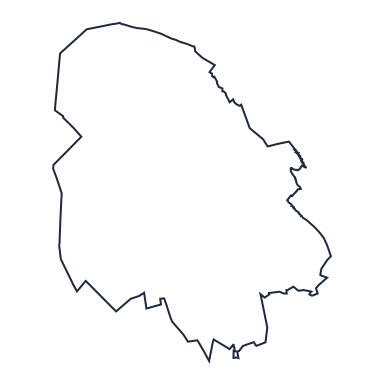 outline of Galeana, Nuevo León, Mexico
{"feature_id": "50627088B33485633173857", "entity_name": "Galeana", "entity_type": "district", "adm_level": 2, "iso_a3": "MEX", "parent_name": "Mexico", "parent_adm1": "Nuevo León", "projection": "natural_earth1", "projection_center": [-100.187, 24.755], "detail": "fine", "context": "isolated", "style": "outline", "palette": "slate", "viewbox_px": 384, "rotation_deg": 0, "n_neighbors": 0, "source": "geoboundaries", "source_scale": "gbopen_adm2", "svg_char_len": 5342}
<svg xmlns="http://www.w3.org/2000/svg" viewBox="0 0 384 384"><path d="M60.8,259.1L63.0,263.6L66.5,270.8L70.7,279.3L73.0,284.2L77.0,291.4L85.7,280.9L93.1,288.3L105.2,300.5L116.1,311.4L126.8,302.2L130.7,298.8L134.9,297.4L139.1,296.0L144.1,292.8L146.4,308.5L153.7,306.5L161.0,304.5L160.2,298.8L163.0,298.5L164.2,298.4L164.8,300.3L164.9,300.6L165.6,302.4L165.7,302.9L166.0,303.7L166.1,303.9L166.3,304.5L167.0,306.7L167.3,307.7L170.7,318.2L172.0,321.4L173.0,322.6L176.0,326.1L183.4,334.6L188.0,341.7L197.4,340.3L200.6,345.7L202.5,349.0L203.6,350.8L209.1,361.0L212.8,342.3L213.7,339.5L229.6,349.1L233.3,344.7L233.7,344.9L233.6,346.5L233.9,346.5L234.2,347.3L234.3,347.3L234.4,348.2L234.4,348.5L234.5,349.2L234.7,350.3L235.0,350.6L235.1,351.2L234.5,351.1L234.1,351.0L233.9,350.8L233.6,350.7L233.6,351.0L233.5,357.7L233.5,357.9L237.1,357.5L238.4,358.0L237.2,351.4L239.1,351.0L242.9,346.0L245.9,344.9L253.7,342.2L256.3,345.9L261.2,344.0L265.5,342.3L267.3,327.5L262.2,302.3L260.5,294.1L264.6,297.6L269.3,294.4L268.9,293.0L273.3,292.5L279.6,291.7L283.4,293.4L284.6,293.5L286.7,293.5L286.4,290.1L287.9,289.9L293.4,286.7L298.2,290.6L301.0,290.5L303.4,290.0L309.9,291.3L311.2,291.6L310.9,291.8L310.6,292.1L310.6,292.4L310.4,292.6L310.2,292.8L309.8,293.6L309.4,294.5L312.0,295.7L317.6,293.6L316.0,288.1L318.8,285.0L327.1,277.7L321.2,275.5L320.3,275.0L321.3,268.9L327.2,260.0L330.9,256.2L327.3,245.7L323.8,238.0L322.4,236.2L319.8,232.8L314.6,227.2L306.4,219.9L303.1,218.0L302.8,217.7L301.7,215.9L300.8,216.0L300.7,215.2L299.7,214.0L299.0,213.8L298.7,213.5L298.7,213.1L298.7,212.7L298.5,212.1L297.3,211.6L296.9,211.2L295.7,210.5L295.3,209.6L294.7,208.9L294.0,208.6L294.0,207.3L293.7,207.1L293.1,207.3L292.9,206.4L292.2,205.8L291.5,205.9L291.7,205.0L291.1,204.1L290.1,203.6L289.8,203.3L288.9,202.7L288.5,202.0L288.1,201.7L288.0,201.0L287.2,200.2L291.0,195.4L291.4,195.6L291.7,195.9L291.9,196.1L292.0,196.1L292.3,195.9L292.5,195.8L292.7,195.7L292.8,195.5L292.8,195.3L292.9,195.1L293.2,194.6L295.5,192.4L295.4,192.4L297.9,189.3L300.8,189.0L300.2,187.2L298.2,185.7L296.7,183.6L296.5,183.0L296.4,182.5L296.3,181.5L296.1,181.2L296.0,180.9L296.0,180.4L295.7,180.1L295.5,179.9L295.7,179.3L295.4,179.1L295.3,178.8L295.2,178.3L295.0,178.0L294.9,177.9L295.0,177.4L294.9,177.2L294.4,176.9L294.2,176.6L293.6,175.6L293.3,175.3L293.2,175.2L292.9,174.7L292.7,174.4L292.5,174.0L292.0,173.4L291.3,172.3L291.0,171.2L290.8,170.8L290.8,170.7L290.7,170.2L290.7,169.8L290.9,169.6L290.7,168.9L290.8,168.8L290.8,168.2L291.6,167.9L292.3,168.6L292.8,169.0L293.5,169.2L294.2,169.6L294.7,169.7L295.1,169.8L295.4,169.8L295.7,169.8L296.0,169.9L296.3,169.8L296.6,169.8L297.7,170.3L299.2,169.4L299.7,169.0L301.8,165.7L306.4,167.9L304.6,165.8L304.4,165.7L304.1,165.6L303.9,165.3L304.0,164.9L304.0,164.6L303.9,164.4L303.8,164.2L303.5,164.2L303.2,164.1L303.2,163.9L303.1,163.7L303.1,163.4L303.4,163.1L303.3,162.9L303.1,162.9L302.8,162.8L302.8,162.7L303.0,162.6L303.1,162.4L302.8,162.3L302.7,162.4L302.5,162.5L302.4,162.5L302.3,162.4L302.1,162.3L301.9,162.3L301.9,162.2L302.1,162.0L302.2,161.8L302.1,161.7L301.8,161.6L301.7,161.5L301.7,161.4L301.8,161.2L301.9,160.9L301.7,161.0L301.4,161.2L301.3,160.8L301.4,160.6L301.1,160.4L301.2,160.1L301.4,160.1L301.4,159.8L301.5,159.1L301.8,158.9L301.8,158.7L301.7,158.6L301.4,158.5L301.2,158.6L300.7,158.8L300.2,158.5L300.2,158.2L300.4,158.0L300.3,157.8L300.1,157.5L300.3,157.1L300.3,156.8L300.1,156.9L299.9,156.6L299.7,156.6L299.4,156.6L299.2,156.6L298.8,156.3L298.9,156.0L299.4,155.6L299.0,155.3L299.1,155.0L299.1,154.7L298.9,154.6L298.5,154.7L298.2,154.7L298.0,154.3L297.7,153.9L298.3,154.0L298.0,153.6L298.3,153.5L298.4,153.3L298.0,153.4L297.6,153.4L297.4,153.2L297.3,153.3L297.1,153.5L296.9,153.3L297.0,153.0L297.1,152.8L296.8,152.7L296.7,152.8L296.4,152.7L296.2,152.6L296.2,152.3L296.3,152.2L296.5,151.9L296.4,151.9L296.1,151.9L296.3,151.7L296.5,151.4L296.5,151.2L296.4,151.1L296.2,151.3L295.9,151.2L295.9,150.8L295.9,150.7L295.7,150.8L295.6,150.7L295.5,150.4L295.5,150.2L295.4,150.1L295.2,150.3L295.0,150.2L295.2,149.9L295.1,149.6L294.8,149.5L295.0,149.4L289.0,141.6L278.6,143.7L275.1,144.6L267.6,146.4L265.2,142.6L263.1,139.3L258.2,135.2L249.7,128.1L241.2,104.6L240.8,104.8L240.5,105.4L240.3,105.8L239.5,105.9L238.8,105.4L238.1,105.0L236.7,104.4L234.2,102.2L233.1,99.3L229.7,102.3L226.5,96.0L225.9,95.1L226.0,93.9L225.5,93.1L224.2,91.8L223.5,91.4L222.4,91.3L222.4,88.4L221.0,87.8L218.9,87.1L216.9,83.1L217.2,81.7L214.3,76.7L213.6,77.3L212.1,76.0L212.0,73.6L210.7,73.0L209.5,72.1L211.1,70.0L214.8,65.1L206.1,60.0L202.3,57.7L195.3,51.5L194.4,46.5L192.7,46.3L187.8,44.2L180.1,41.8L178.8,41.3L175.9,39.9L171.5,38.6L165.0,35.6L161.3,33.8L161.1,33.8L153.2,31.1L145.8,29.0L137.1,28.1L132.0,26.9L131.2,26.6L130.3,26.4L128.2,25.8L127.5,25.5L127.1,25.4L126.7,25.3L123.8,24.4L123.0,24.4L122.4,24.2L121.8,24.1L121.3,23.6L120.9,23.4L120.4,23.5L119.6,23.0L118.5,23.1L117.1,23.5L115.1,23.8L110.9,24.4L106.2,25.4L100.8,26.5L96.1,27.4L89.3,28.8L86.7,29.3L77.9,37.3L71.6,43.0L66.6,47.5L63.3,50.5L60.1,53.4L59.7,57.4L58.0,76.3L56.9,88.1L55.4,104.1L54.9,110.3L60.2,114.1L63.2,116.2L63.3,118.0L64.2,118.7L64.6,119.1L73.9,128.3L77.5,132.4L81.3,136.7L75.3,142.8L71.5,146.7L65.6,152.7L61.7,156.6L56.3,162.1L53.5,164.9L53.1,168.6L55.6,175.3L57.1,179.4L61.7,193.4L61.2,202.4L60.4,219.3L59.5,243.2L59.2,245.5L60.8,259.1Z" fill="none" stroke="#1e293b" stroke-width="2"/></svg>